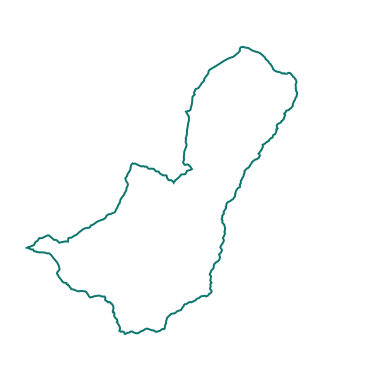 the district of Labateca, Norte de Santander, Colombia, rotated 43°
{"feature_id": "7082276B68163491076409", "entity_name": "Labateca", "entity_type": "district", "adm_level": 2, "iso_a3": "COL", "parent_name": "Colombia", "parent_adm1": "Norte de Santander", "projection": "robinson", "projection_center": [-72.516, 7.278], "detail": "fine", "context": "isolated", "style": "outline", "palette": "teal", "viewbox_px": 384, "rotation_deg": 43, "n_neighbors": 0, "source": "geoboundaries", "source_scale": "gbopen_adm2", "svg_char_len": 6069}
<svg xmlns="http://www.w3.org/2000/svg" viewBox="0 0 384 384"><g transform="rotate(43 192 192)"><path d="M235.5,342.6L236.4,341.3L237.0,341.0L238.0,340.9L239.4,341.6L240.0,341.4L240.8,339.0L242.0,337.6L242.3,335.9L242.6,335.4L243.2,334.9L244.5,334.7L247.2,333.6L248.4,332.6L249.2,331.0L249.6,328.8L250.6,327.1L251.3,324.2L252.0,322.9L252.7,322.3L257.2,320.4L258.2,319.4L261.0,318.9L263.1,315.7L263.8,312.2L265.1,311.3L264.9,310.1L263.0,307.4L262.5,305.4L261.5,304.7L259.6,300.9L259.8,295.6L260.2,294.8L262.1,292.5L262.4,291.2L262.4,289.5L264.3,286.0L264.3,284.6L263.8,283.3L263.8,281.5L263.2,280.1L263.3,279.1L264.5,277.3L265.1,274.4L265.5,273.8L266.7,273.2L267.5,271.4L268.3,269.2L268.5,266.6L269.6,264.3L269.6,262.8L270.1,261.6L272.3,259.0L273.6,258.7L273.9,258.2L274.3,256.7L274.0,254.8L274.6,253.3L274.5,252.2L274.2,251.4L273.8,251.0L271.3,250.6L269.8,248.1L268.4,247.0L268.1,246.2L268.1,245.0L265.9,244.4L263.7,241.0L262.9,240.5L261.5,240.4L261.0,240.0L260.5,238.0L259.6,236.2L259.9,233.6L257.6,230.0L257.5,229.4L257.5,227.3L257.9,225.6L258.3,224.9L258.2,223.1L257.2,220.8L254.4,219.2L254.5,216.5L253.8,214.4L253.2,213.9L250.4,213.1L249.7,211.4L249.5,209.1L248.6,206.0L247.5,205.1L246.3,204.8L246.0,204.5L244.8,200.4L244.2,199.8L242.9,199.1L242.2,197.5L241.2,196.2L238.1,194.0L235.0,193.7L233.7,192.0L232.2,191.7L231.5,189.9L230.3,188.8L230.2,186.3L229.1,185.4L228.5,184.6L228.6,184.0L228.3,183.4L228.3,182.4L227.9,180.7L227.6,180.2L226.8,179.9L226.7,179.2L225.1,176.5L225.2,174.8L226.2,172.5L226.2,171.5L226.9,169.2L226.6,167.9L226.5,166.2L225.6,164.6L224.6,163.8L224.6,163.1L223.6,161.7L223.1,159.6L223.0,158.1L223.1,157.4L223.6,156.0L223.6,155.3L222.0,154.1L221.5,152.0L220.0,150.5L219.9,148.9L219.2,147.4L219.0,145.6L217.4,142.7L217.3,141.9L216.1,141.1L216.1,138.3L216.1,137.4L216.6,136.5L216.6,134.2L216.2,132.5L216.1,131.2L215.5,129.1L216.0,125.5L217.1,123.7L217.1,122.8L217.6,121.7L217.1,120.4L217.1,119.6L217.0,119.3L215.6,118.4L214.6,118.6L214.0,113.2L213.5,112.2L213.1,110.7L211.5,109.3L212.2,107.5L212.6,104.2L213.3,102.3L212.9,100.8L213.1,98.6L213.7,97.4L213.4,96.5L212.9,95.8L212.6,94.6L213.3,93.4L213.3,92.9L212.1,89.5L210.9,88.8L211.3,87.7L211.3,87.1L210.0,86.8L209.4,86.2L208.8,85.9L208.3,84.9L208.4,83.7L209.6,80.4L209.1,79.2L209.4,78.4L209.3,76.0L208.3,74.2L208.0,72.6L207.2,72.0L206.3,72.1L206.0,71.7L205.9,71.3L206.2,70.1L205.5,68.6L205.6,67.8L206.3,67.2L207.0,65.6L206.7,64.6L207.3,63.2L207.0,61.8L207.0,60.4L206.7,59.8L205.8,59.1L205.2,57.2L204.7,56.5L204.5,54.5L203.5,52.4L203.3,50.6L202.1,49.1L202.0,48.5L201.4,47.8L200.5,47.3L199.9,47.4L199.0,47.0L198.6,46.4L197.4,45.8L197.2,45.2L194.5,42.8L193.5,40.3L191.8,39.2L189.9,38.9L188.7,38.5L187.8,38.8L183.6,38.0L182.3,38.3L181.2,39.1L180.8,40.7L179.4,42.1L178.2,42.4L177.7,43.5L174.7,44.4L172.0,46.1L169.8,46.8L167.4,46.8L165.9,45.9L162.3,44.9L161.2,45.1L157.8,44.4L155.4,44.6L153.4,43.9L149.9,43.8L146.9,44.1L145.4,44.6L141.7,46.5L139.3,47.5L135.0,48.2L132.1,50.3L130.4,50.9L129.1,52.8L129.1,54.1L129.4,54.8L130.7,56.0L130.9,58.2L130.1,64.2L129.8,65.4L128.3,67.9L127.7,69.2L126.1,73.7L123.6,83.6L121.7,89.9L121.6,91.9L123.1,94.5L123.7,100.7L124.9,102.3L124.9,105.6L125.8,111.2L125.5,112.4L124.7,113.8L124.5,114.6L125.2,115.9L125.3,117.2L126.2,118.4L127.6,118.9L127.3,120.8L127.6,122.3L131.1,126.5L132.9,129.5L133.6,131.2L134.8,132.6L134.8,133.6L134.4,134.8L132.8,137.3L137.6,138.9L138.1,138.8L140.9,141.7L142.3,144.3L144.4,147.3L145.9,149.8L149.1,153.5L149.4,154.4L150.4,155.9L150.8,157.1L152.0,157.8L152.8,159.2L153.7,160.1L155.2,160.7L156.5,162.0L158.8,167.7L162.8,172.7L164.1,173.7L165.1,176.2L165.7,176.7L168.1,177.1L168.8,176.6L169.6,175.1L170.8,174.5L173.4,174.6L176.3,175.3L175.9,176.6L173.9,180.0L174.9,182.9L174.6,183.9L174.3,184.4L173.1,185.4L172.4,186.3L172.2,187.0L172.5,190.2L171.8,194.7L172.1,196.2L171.9,197.0L172.2,197.6L170.8,197.3L168.7,197.6L168.1,198.0L167.1,199.1L166.5,199.3L165.7,198.9L164.2,198.8L162.6,197.5L161.9,197.4L159.2,199.8L158.0,199.8L157.3,200.1L155.5,200.4L154.2,199.9L153.6,199.9L153.2,200.0L152.1,201.2L151.1,201.5L148.2,201.2L146.1,202.8L145.3,203.9L144.3,204.5L143.6,204.7L141.7,204.3L140.3,205.6L138.8,206.2L138.0,207.4L137.0,208.1L130.8,210.1L129.7,211.3L129.1,211.5L129.0,212.8L129.2,214.0L131.7,217.8L132.5,221.1L132.5,222.4L133.7,225.0L133.8,227.0L134.1,227.7L136.6,229.0L138.9,229.5L140.1,230.3L140.6,231.1L141.4,233.9L142.5,235.0L143.3,237.4L143.3,238.6L143.8,239.2L144.3,241.4L144.4,244.0L145.0,246.5L146.8,249.7L146.8,251.3L148.2,254.9L148.3,256.1L149.3,259.0L149.3,259.5L147.4,263.9L146.5,264.7L145.8,266.5L145.7,267.9L146.3,269.5L146.2,271.1L145.6,273.0L144.8,274.2L143.2,277.6L142.7,279.3L142.0,283.1L140.9,285.3L140.9,285.9L141.4,287.3L141.3,288.0L139.6,290.0L138.5,291.7L137.7,293.5L136.9,298.6L136.8,301.9L135.7,304.3L135.0,307.6L133.2,309.6L133.3,310.6L134.4,311.7L135.1,313.0L134.4,313.2L132.8,314.9L129.4,319.7L126.4,319.5L125.5,319.7L124.5,320.3L123.8,321.1L117.2,321.3L116.2,321.9L115.3,323.8L114.0,327.6L113.4,328.5L111.8,329.7L112.3,333.3L111.6,335.3L112.6,338.6L110.6,343.0L109.7,344.1L109.4,345.3L111.4,344.3L113.8,343.6L115.0,342.4L116.9,343.0L118.3,342.0L119.7,341.5L120.9,340.6L121.8,340.2L122.6,339.2L125.7,336.6L127.7,335.9L128.9,334.7L129.7,334.2L132.0,334.1L134.9,334.7L141.4,335.5L144.7,336.7L147.1,338.2L148.0,339.2L148.2,342.4L148.6,343.4L149.9,344.2L151.0,344.2L152.3,344.9L153.9,345.0L159.0,346.0L159.9,345.8L162.1,344.2L162.7,344.8L164.1,344.7L164.6,344.3L165.0,344.7L166.3,344.4L167.4,345.0L168.7,344.9L169.9,345.4L172.2,343.9L175.8,342.7L177.0,341.7L178.5,339.8L181.8,337.5L183.4,337.3L188.1,338.6L189.7,338.4L192.0,334.4L194.5,331.3L195.1,330.8L197.5,329.8L199.4,328.0L200.4,328.2L200.9,328.5L201.7,329.9L202.5,330.3L204.0,329.9L205.9,329.9L206.4,328.9L207.4,328.5L208.7,328.8L209.4,328.5L212.0,329.0L214.1,330.8L215.2,333.1L216.0,333.2L216.3,333.9L216.7,333.8L216.9,333.3L217.4,333.3L218.5,334.1L219.4,335.6L221.3,336.3L224.1,336.4L225.6,337.4L225.7,338.4L226.5,338.3L227.3,338.8L229.0,339.1L231.8,340.3L233.0,341.6L233.3,342.8L233.6,343.1L235.5,342.6Z" fill="none" stroke="#0f766e" stroke-width="2"/></g></svg>